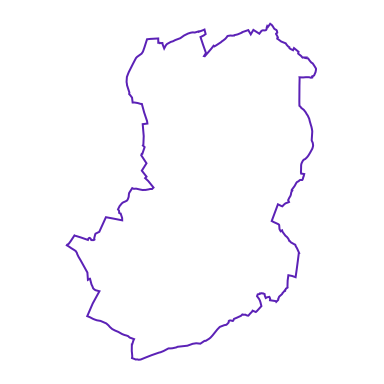 Sacueni, Bihor, Romania, rotated 269°
{"feature_id": "2599482B16582561953184", "entity_name": "Sacueni", "entity_type": "district", "adm_level": 2, "iso_a3": "ROU", "parent_name": "Romania", "parent_adm1": "Bihor", "projection": "natural_earth1", "projection_center": [22.114, 47.344], "detail": "fine", "context": "isolated", "style": "outline", "palette": "violet", "viewbox_px": 384, "rotation_deg": 269, "n_neighbors": 0, "source": "geoboundaries", "source_scale": "gbopen_adm2", "svg_char_len": 5947}
<svg xmlns="http://www.w3.org/2000/svg" viewBox="0 0 384 384"><g transform="rotate(269 192 192)"><path d="M304.4,314.3L305.5,314.1L305.7,314.5L305.9,315.2L306.3,315.9L306.6,316.2L309.7,317.6L312.0,318.1L313.3,318.1L316.5,316.2L318.5,314.9L319.4,313.5L321.5,311.8L323.5,310.5L323.9,308.1L324.5,308.5L324.6,306.0L324.4,305.0L324.7,304.6L326.1,303.5L328.4,300.7L328.9,300.5L330.3,301.0L334.1,296.5L332.0,295.5L333.4,292.8L334.2,291.9L335.0,291.9L335.9,290.6L337.7,289.1L339.0,288.3L340.9,283.8L343.1,281.0L343.8,279.9L344.2,279.9L345.1,280.3L345.2,280.5L346.1,280.1L347.7,279.3L348.5,278.8L348.8,278.8L349.8,280.0L350.3,280.0L351.9,279.6L352.6,279.1L352.9,278.4L353.8,277.1L354.1,276.9L356.2,275.7L357.7,274.6L358.4,273.6L358.8,273.1L355.7,270.8L356.6,270.1L355.9,269.8L354.8,269.5L353.5,269.4L352.8,269.0L352.5,268.6L352.3,267.6L352.4,265.8L352.3,265.1L351.8,264.2L349.1,262.1L353.0,256.2L348.6,253.5L352.9,251.1L350.9,244.9L350.5,244.7L348.8,240.4L348.5,239.1L348.1,237.1L347.7,236.9L347.7,236.6L347.6,234.9L347.8,233.2L347.4,230.5L347.1,230.0L346.4,229.6L344.6,228.0L342.9,225.8L342.4,224.9L341.2,223.5L338.0,218.4L337.2,216.9L337.9,216.2L337.7,216.0L335.2,214.0L330.9,210.2L327.5,207.1L327.7,206.4L330.6,208.3L331.0,208.3L339.4,205.5L346.8,203.2L348.3,206.4L349.7,208.4L354.2,207.3L353.6,205.9L352.1,201.6L352.5,201.5L351.4,197.6L351.6,195.6L351.3,193.5L350.5,190.8L348.6,186.8L346.0,183.0L344.2,177.9L343.0,175.5L342.5,173.6L341.8,172.2L340.4,169.6L339.1,168.4L336.0,166.7L340.2,165.2L341.5,165.0L341.4,162.2L341.8,162.1L341.8,160.9L346.1,160.9L345.8,153.2L345.5,149.7L337.5,147.0L333.2,145.4L332.2,144.7L331.2,144.0L328.1,139.5L327.0,138.4L324.5,137.0L321.2,135.2L313.0,130.9L311.4,130.2L308.1,128.9L303.2,128.5L301.3,128.8L299.9,128.9L292.6,131.1L291.0,130.9L289.9,131.9L287.4,133.7L282.5,134.2L282.5,134.7L282.5,135.9L282.1,138.2L281.9,139.3L281.0,142.1L280.9,143.4L272.2,145.6L269.4,146.5L268.4,146.8L263.7,148.3L262.1,148.5L261.2,148.6L260.7,143.9L248.7,144.7L240.1,144.2L239.4,143.7L237.7,145.4L231.0,143.0L231.0,142.4L229.6,141.9L221.5,147.0L214.2,142.2L208.1,146.8L206.7,145.4L203.8,148.4L197.1,153.6L195.7,152.1L195.7,151.9L195.7,149.9L195.4,148.8L194.9,145.7L194.9,143.8L194.8,142.9L195.4,140.0L196.3,136.3L196.3,135.6L196.2,133.9L196.5,133.1L196.9,132.3L192.2,129.2L191.1,128.9L188.3,128.6L186.3,127.9L185.2,127.3L184.4,126.6L183.5,124.7L182.9,123.1L181.9,121.7L180.6,120.6L179.2,119.4L175.9,117.7L174.7,118.6L174.1,118.8L172.5,118.8L172.2,118.9L172.0,119.3L171.7,120.3L167.2,121.7L165.5,121.7L164.9,121.7L166.8,112.9L168.3,105.5L153.8,98.6L152.0,94.8L151.4,94.5L147.4,93.4L147.0,93.4L146.3,93.7L146.0,93.6L145.6,92.5L145.7,90.5L147.1,89.8L147.9,88.9L147.9,88.6L147.8,88.3L147.5,88.0L147.1,87.5L145.9,87.1L148.7,79.5L148.7,79.4L149.8,76.1L150.4,74.0L150.6,73.7L144.9,69.8L142.3,67.8L141.5,66.3L140.9,65.9L140.0,67.4L139.1,68.7L138.0,70.2L136.0,73.3L135.0,74.7L133.2,75.8L131.8,76.2L129.2,77.4L125.7,79.4L119.7,82.6L113.3,86.0L106.0,86.4L107.1,88.4L107.1,88.5L101.3,89.9L99.4,90.8L97.4,91.5L96.4,92.5L95.5,93.8L94.4,97.7L82.3,90.8L69.7,85.1L68.6,87.7L67.0,90.6L66.3,92.2L65.4,94.6L64.7,98.3L63.3,101.4L62.1,104.0L60.2,106.1L58.4,107.6L56.4,109.8L54.9,112.5L53.4,115.9L51.2,119.6L50.2,122.0L49.6,124.1L48.9,125.8L48.2,126.4L47.5,127.3L45.9,131.5L44.5,130.8L40.6,129.5L40.6,129.2L34.1,129.0L32.0,129.2L28.7,129.4L27.0,129.1L26.4,130.7L25.5,132.8L25.6,134.3L25.2,135.8L25.4,137.8L27.3,142.7L29.6,148.9L32.0,156.2L32.3,157.7L33.5,160.8L36.0,165.7L36.0,167.9L36.1,169.7L36.9,173.6L37.5,174.9L38.4,184.7L40.2,190.0L40.7,193.6L40.2,197.7L42.8,201.7L43.0,202.3L42.9,203.1L45.0,206.6L46.1,208.0L48.2,210.0L54.1,214.9L56.5,217.3L56.7,217.6L58.3,222.0L58.6,223.9L58.9,224.4L60.7,226.2L61.1,226.4L62.3,226.5L62.7,227.0L62.9,227.7L62.9,228.5L62.4,230.2L62.4,230.6L62.6,230.9L64.4,231.8L65.5,234.6L67.3,238.7L67.7,239.2L68.7,240.2L68.7,240.6L68.4,241.0L68.4,241.9L68.4,243.3L68.0,243.9L67.5,245.2L67.4,246.2L69.2,247.8L71.5,250.1L72.3,250.5L70.9,253.7L71.8,254.8L76.7,259.4L80.6,258.5L82.2,258.0L83.9,257.2L86.7,255.2L88.5,255.9L88.8,257.8L89.4,258.0L89.5,258.2L89.3,258.5L89.3,258.8L89.6,259.8L89.6,260.2L89.3,260.6L89.3,261.6L89.1,261.8L88.9,262.4L88.7,262.8L87.0,263.0L86.5,263.2L84.7,263.9L84.9,264.3L85.4,265.2L85.8,267.5L84.5,268.1L83.5,268.3L82.4,268.1L81.6,273.0L81.4,273.8L81.1,274.1L80.7,274.3L82.6,276.3L83.4,276.4L83.9,276.6L84.1,276.5L84.5,276.8L85.6,277.2L86.0,277.5L86.6,278.2L88.3,280.2L89.6,280.9L89.8,281.3L91.2,282.4L91.3,282.6L91.4,283.1L91.5,283.4L92.2,283.5L92.4,283.4L92.5,283.5L93.1,284.0L93.7,284.2L94.8,285.9L95.9,285.8L101.9,286.1L107.1,286.9L106.3,290.6L105.0,294.1L113.2,295.4L121.2,296.6L128.8,297.7L129.0,298.1L133.9,296.0L135.8,294.9L137.5,294.3L137.8,293.6L140.0,289.9L141.2,289.0L141.4,288.4L142.4,288.0L143.6,287.5L145.3,286.2L146.7,284.6L150.5,281.9L152.1,281.4L151.9,281.0L151.2,280.0L152.8,279.1L153.3,278.9L153.8,278.8L154.4,278.8L157.1,278.6L157.6,278.5L158.0,278.2L158.2,277.9L158.6,277.2L160.5,273.2L161.6,271.2L178.2,277.7L176.4,281.2L176.1,282.1L177.5,283.4L178.6,284.7L179.0,285.3L179.3,286.0L179.8,287.6L180.3,288.8L182.2,288.0L184.4,289.1L186.3,290.3L187.6,290.8L189.8,291.2L190.7,291.6L191.5,292.2L191.8,291.7L192.4,291.8L196.2,294.7L199.5,296.6L200.3,297.4L200.7,298.4L201.2,299.1L201.8,299.7L202.2,300.4L202.1,301.8L202.1,302.4L202.4,302.7L203.6,303.2L205.0,303.5L205.3,303.8L208.0,304.5L208.5,301.5L209.0,301.5L209.2,301.3L210.9,301.3L211.7,301.4L217.0,301.6L218.4,301.9L219.7,302.5L221.5,303.5L222.1,304.1L222.5,304.6L223.0,305.8L224.8,307.7L226.4,309.0L229.1,310.7L233.3,313.1L235.3,313.7L236.5,313.9L239.0,313.6L241.4,312.6L241.9,312.6L249.0,313.2L250.7,313.3L253.4,312.9L255.3,312.5L256.6,312.1L260.7,311.0L263.4,310.4L264.2,310.0L266.3,309.1L267.8,308.1L269.8,307.0L272.2,305.2L274.2,302.7L275.4,301.9L276.3,300.9L280.6,300.9L296.8,301.3L304.2,301.6L304.8,301.5L304.6,305.0L304.8,308.0L304.7,311.2L304.2,312.8L304.3,314.1L304.4,314.3Z" fill="none" stroke="#5b21b6" stroke-width="2"/></g></svg>